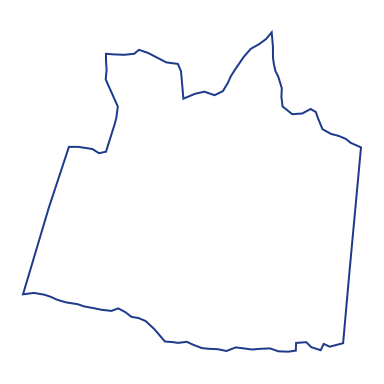 outline of Terra Alta, Pará, Brazil
{"feature_id": "56859067B85639510417491", "entity_name": "Terra Alta", "entity_type": "district", "adm_level": 2, "iso_a3": "BRA", "parent_name": "Brazil", "parent_adm1": "Pará", "projection": "natural_earth1", "projection_center": [-47.851, -0.993], "detail": "fine", "context": "isolated", "style": "outline", "palette": "blue", "viewbox_px": 384, "rotation_deg": 0, "n_neighbors": 0, "source": "geoboundaries", "source_scale": "gbopen_adm2", "svg_char_len": 1255}
<svg xmlns="http://www.w3.org/2000/svg" viewBox="0 0 384 384"><path d="M278.4,351.3L288.2,351.7L295.8,350.6L296.1,342.9L306.3,342.2L311.3,347.2L320.7,350.2L323.7,343.9L329.7,346.7L343.1,343.2L349.5,271.5L361.0,147.4L350.8,142.9L345.6,138.8L338.6,135.9L331.0,133.9L322.5,129.2L317.9,118.0L315.8,112.0L310.6,109.0L302.2,113.5L292.3,114.2L282.6,106.5L281.4,96.9L281.8,88.2L278.4,77.0L275.4,70.9L273.9,64.4L273.0,57.5L272.9,46.3L271.7,32.3L266.1,39.0L259.0,44.2L250.8,48.8L243.8,56.8L234.9,69.8L230.8,76.3L228.0,82.6L222.9,91.1L214.6,95.2L204.3,91.7L195.0,93.8L183.4,98.7L181.0,71.3L177.9,63.9L166.3,62.4L148.2,53.0L139.0,49.8L134.1,53.8L124.2,54.8L113.9,54.4L106.0,53.8L106.0,60.4L106.6,70.0L105.7,79.4L117.8,106.5L116.3,118.0L114.5,124.7L106.0,151.7L99.0,153.2L92.3,149.0L78.6,146.9L68.9,146.9L60.7,171.8L48.6,208.4L26.9,281.3L23.0,294.3L33.9,292.9L44.3,294.7L51.0,296.9L57.0,299.7L66.1,302.4L77.7,304.2L84.1,306.4L92.8,308.0L101.7,309.8L111.4,310.9L118.2,308.4L125.1,312.0L131.5,316.9L138.4,318.0L145.7,321.1L154.3,329.1L164.9,341.5L172.5,342.1L178.2,342.9L186.7,341.8L193.8,345.0L201.9,348.1L208.9,348.8L217.8,349.2L226.5,351.0L235.7,347.4L243.8,348.4L251.8,349.5L260.9,348.8L270.0,348.4L278.4,351.3Z" fill="none" stroke="#1e3a8a" stroke-width="2"/></svg>